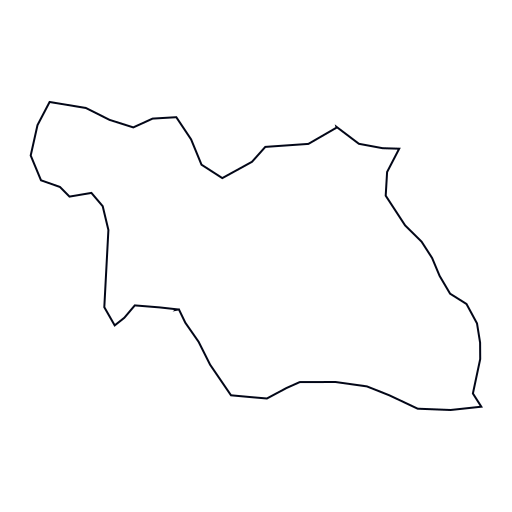 the district of Köping, Västmanland, Sweden
{"feature_id": "70781695B79048986379567", "entity_name": "Köping", "entity_type": "district", "adm_level": 2, "iso_a3": "SWE", "parent_name": "Sweden", "parent_adm1": "Västmanland", "projection": "orthographic", "projection_center": [15.893, 59.597], "detail": "fine", "context": "isolated", "style": "outline", "palette": "ink", "viewbox_px": 512, "rotation_deg": 0, "n_neighbors": 0, "source": "geoboundaries", "source_scale": "gbopen_adm2", "svg_char_len": 839}
<svg xmlns="http://www.w3.org/2000/svg" viewBox="0 0 512 512"><path d="M176.0,309.9L178.9,309.4L185.3,322.7L198.6,341.8L210.1,364.7L231.0,395.3L251.8,397.2L266.9,398.5L286.3,388.1L299.7,382.1L335.5,382.0L366.9,386.4L389.3,395.3L417.7,408.7L450.6,410.0L481.3,406.7L472.9,393.5L480.2,359.1L480.1,342.7L477.0,323.4L466.5,304.0L450.1,293.7L439.6,275.9L432.1,258.0L421.6,241.7L405.1,225.4L385.7,195.7L387.1,172.0L399.2,148.7L382.6,148.2L358.9,143.8L336.4,126.8L336.6,127.6L308.4,143.9L265.3,146.9L252.0,161.8L222.3,178.1L201.5,164.7L191.1,139.4L176.3,117.2L152.6,118.6L133.3,127.4L109.6,119.9L85.9,108.0L49.6,102.0L37.5,125.1L30.7,155.5L41.0,180.3L60.0,187.0L69.5,196.6L91.4,192.9L102.7,206.2L108.4,230.0L104.3,307.2L114.7,325.4L124.3,317.8L134.8,305.4L159.6,307.4L176.7,309.3L176.0,309.9Z" fill="none" stroke="#020617" stroke-width="2"/></svg>